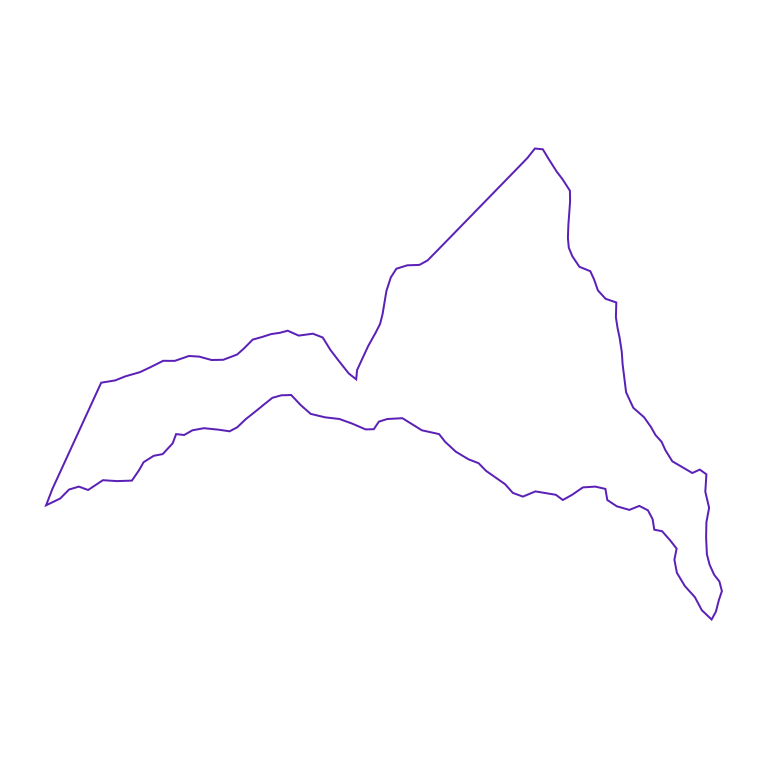 outline of Maxaranguape, Rio Grande do Norte, Brazil
{"feature_id": "56859067B82537328985122", "entity_name": "Maxaranguape", "entity_type": "district", "adm_level": 2, "iso_a3": "BRA", "parent_name": "Brazil", "parent_adm1": "Rio Grande do Norte", "projection": "robinson", "projection_center": [-35.356, -5.454], "detail": "fine", "context": "isolated", "style": "outline", "palette": "violet", "viewbox_px": 768, "rotation_deg": 0, "n_neighbors": 0, "source": "geoboundaries", "source_scale": "gbopen_adm2", "svg_char_len": 1993}
<svg xmlns="http://www.w3.org/2000/svg" viewBox="0 0 768 768"><path d="M719.4,581.5L714.1,574.7L709.6,564.7L706.9,554.3L706.1,537.8L706.4,522.3L709.1,507.8L705.3,491.7L706.4,474.3L699.8,469.6L692.3,473.0L682.9,467.5L672.3,461.3L665.4,450.2L661.6,441.8L655.6,435.2L650.9,426.9L644.1,417.3L633.3,407.8L626.1,392.3L624.3,377.8L622.6,364.2L621.8,352.1L619.6,337.7L617.6,328.2L615.9,317.3L616.3,302.5L605.6,298.8L597.9,290.4L594.1,279.5L590.3,271.2L579.4,266.8L572.3,256.2L568.8,247.7L567.9,238.1L568.4,224.5L569.3,212.4L570.1,201.4L569.9,190.7L562.3,178.9L556.8,171.8L549.1,159.7L542.8,149.3L534.9,148.5L527.3,158.1L442.6,245.1L427.6,260.4L419.4,264.9L407.4,265.3L396.4,268.7L390.8,277.4L386.4,291.0L382.6,313.9L380.1,323.9L375.9,332.2L368.1,346.2L357.1,370.0L356.2,379.3L348.9,373.6L339.1,361.3L330.6,350.2L322.7,337.5L312.9,333.7L298.7,335.6L287.7,330.7L279.9,332.8L271.1,334.1L261.7,337.1L252.7,339.6L244.1,348.3L237.2,354.5L223.2,359.8L211.6,360.0L199.1,356.6L188.9,356.0L174.7,360.9L163.2,360.8L150.4,367.2L140.1,372.1L125.2,376.4L115.2,380.4L101.2,382.7L52.4,488.9L46.1,505.3L60.2,498.5L69.1,489.5L78.9,486.6L88.1,490.0L102.9,480.2L117.1,481.1L131.9,480.6L138.9,470.4L143.6,462.2L153.7,455.8L162.7,454.1L172.7,443.3L176.1,434.1L184.2,435.0L192.4,430.3L203.9,428.2L218.7,429.7L229.6,431.3L237.2,427.3L245.7,419.2L256.9,410.3L264.6,404.0L272.4,397.8L281.4,395.3L291.2,395.0L300.6,405.0L310.7,413.9L324.9,417.3L339.4,419.0L351.9,423.5L365.6,429.4L373.8,429.2L378.9,421.6L387.4,419.0L402.4,418.2L421.9,430.3L439.1,434.1L445.1,441.8L455.8,451.7L468.3,459.2L478.6,463.2L486.1,470.9L505.1,484.2L512.8,492.9L522.9,496.6L535.4,491.4L555.9,494.8L562.8,500.0L572.1,494.8L582.9,487.4L595.3,486.6L605.4,488.9L607.3,500.0L616.8,506.3L629.4,509.9L639.3,505.9L647.9,510.3L652.6,519.1L654.3,529.7L662.1,531.2L670.1,540.3L676.6,548.6L674.4,559.8L676.9,572.8L684.8,586.0L694.9,597.2L701.8,610.2L711.6,619.5L715.9,611.6L718.9,600.0L721.9,591.1L719.4,581.5Z" fill="none" stroke="#5b21b6" stroke-width="2"/></svg>